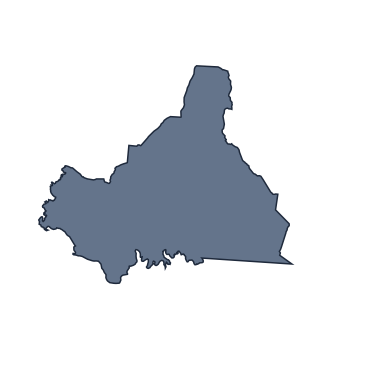 outline of N'Zi, N'zi-Comoé, Ivory Coast, rotated 33°
{"feature_id": "98640826B73875625736421", "entity_name": "N'Zi", "entity_type": "district", "adm_level": 2, "iso_a3": "CIV", "parent_name": "Ivory Coast", "parent_adm1": "N'zi-Comoé", "projection": "albers", "projection_center": [-4.64, 7.021], "detail": "fine", "context": "isolated", "style": "filled", "palette": "slate", "viewbox_px": 384, "rotation_deg": 33, "n_neighbors": 0, "source": "geoboundaries", "source_scale": "gbopen_adm2", "svg_char_len": 6004}
<svg xmlns="http://www.w3.org/2000/svg" viewBox="0 0 384 384"><g transform="rotate(33 192 192)"><path d="M126.0,309.0L126.8,309.1L129.2,308.0L131.3,307.5L132.8,306.6L135.1,305.8L140.9,305.3L145.7,304.0L147.4,303.3L149.2,302.0L151.3,301.0L155.0,302.1L157.9,305.1L160.0,305.7L162.4,307.3L164.6,308.0L165.0,308.3L166.5,310.8L168.2,312.0L169.6,312.6L172.4,312.8L176.2,311.1L178.1,310.0L180.6,308.1L180.8,307.4L180.3,304.6L178.8,302.8L178.6,301.5L178.8,300.5L179.4,299.3L182.7,296.2L182.3,295.5L181.3,295.0L180.8,294.2L180.6,293.1L180.7,289.7L180.1,289.3L179.8,288.3L181.1,287.5L182.7,285.4L183.6,283.6L183.5,282.1L183.8,280.6L183.3,279.6L181.5,278.1L180.0,276.3L178.6,273.9L176.8,272.7L176.3,271.8L176.4,270.8L178.0,270.3L180.4,270.6L181.2,271.1L181.9,271.6L182.8,272.6L184.0,274.6L184.4,274.8L185.5,273.6L186.4,276.1L187.3,277.2L188.3,277.0L189.0,276.5L190.0,274.0L191.0,272.5L192.2,272.5L193.6,274.7L193.8,275.8L194.2,276.4L194.2,276.9L194.7,277.8L194.6,279.5L195.0,280.0L196.0,280.2L196.9,279.9L197.9,278.4L197.9,276.8L198.4,274.6L198.3,273.5L197.4,272.0L197.3,271.0L197.7,270.8L198.9,270.8L199.2,271.1L199.6,272.1L199.2,272.8L199.6,273.1L200.2,273.3L201.6,273.3L202.0,273.1L202.5,272.4L203.0,270.9L202.8,268.2L203.1,267.0L203.9,265.8L205.2,265.5L206.1,265.7L207.5,267.3L207.9,268.1L210.1,269.1L211.1,270.4L210.9,268.9L210.5,268.8L209.3,267.2L208.7,264.8L209.2,264.8L210.4,265.5L211.1,265.7L211.7,265.5L211.9,265.0L213.0,264.7L212.6,263.2L212.2,263.0L211.3,262.8L210.7,262.1L209.1,261.7L208.3,262.1L204.2,261.9L203.0,260.8L201.4,259.9L200.9,258.7L199.9,257.7L200.5,257.0L200.4,255.6L201.3,254.7L201.7,254.9L202.9,257.1L203.9,257.8L205.0,258.0L206.3,256.9L206.8,256.7L208.0,257.6L210.9,258.3L212.0,257.6L212.4,256.5L212.0,255.1L211.2,254.8L211.3,253.8L211.4,253.5L211.8,253.6L212.2,253.4L212.6,252.3L213.5,251.8L213.7,251.2L213.5,250.6L213.2,250.4L212.3,251.4L212.2,251.0L212.6,250.2L212.5,249.5L212.7,249.1L213.4,248.7L216.0,249.6L217.0,250.5L217.4,250.3L217.9,249.4L218.5,248.8L219.4,248.7L219.5,249.0L220.5,249.3L221.7,249.5L223.0,251.5L224.8,252.7L226.0,253.2L226.6,252.7L226.7,250.9L229.0,249.1L231.1,249.5L232.8,251.0L234.1,251.4L235.0,250.7L235.2,249.7L235.9,249.6L236.8,248.1L236.8,247.6L237.1,247.2L239.0,245.7L239.5,244.8L239.1,243.8L238.3,243.0L237.7,242.9L237.0,242.2L236.3,242.0L315.0,198.0L300.0,197.3L299.3,195.0L297.6,194.2L297.6,192.2L297.1,190.0L293.0,175.1L292.6,174.3L292.4,171.9L291.8,170.9L291.5,169.2L291.8,167.9L291.8,167.3L291.0,166.0L290.7,165.7L271.8,161.5L265.2,147.1L263.3,148.1L262.5,149.0L261.3,149.7L260.6,149.8L259.6,149.3L258.3,149.3L257.2,148.8L245.1,143.0L241.2,141.3L239.7,141.6L238.0,142.9L235.5,142.6L233.9,143.0L233.1,142.9L227.2,140.9L225.2,139.0L223.5,139.1L222.6,138.6L220.7,138.6L220.3,138.3L218.3,138.2L217.0,137.8L210.3,132.9L208.5,131.1L206.7,130.3L205.7,130.0L203.5,130.5L199.8,130.4L199.0,129.9L198.2,131.2L197.2,131.4L196.1,132.1L195.0,132.0L194.2,131.5L192.1,130.8L192.3,129.7L192.1,129.3L191.4,129.3L190.0,128.5L189.6,128.4L189.2,127.0L186.1,126.2L185.1,125.7L183.7,123.9L183.5,123.3L183.9,121.7L182.2,117.5L176.8,111.7L176.2,110.0L176.0,108.4L174.6,105.6L174.5,104.8L175.0,103.5L176.2,102.3L177.7,102.2L179.2,101.3L180.4,101.0L179.6,99.7L178.7,98.8L178.1,96.8L177.3,96.1L176.7,95.0L174.4,94.3L172.5,91.9L170.9,91.7L170.2,91.0L169.7,89.8L169.2,85.7L168.8,84.2L168.0,82.7L165.7,80.8L164.0,77.9L161.2,77.0L160.2,76.2L159.8,75.6L159.7,74.2L158.1,72.8L157.1,72.2L156.2,71.2L151.9,72.3L151.2,72.8L148.8,72.6L145.8,72.9L127.1,83.7L126.6,85.6L127.0,87.4L129.4,92.0L129.9,96.0L130.0,100.1L131.1,103.9L131.4,107.2L132.4,109.9L134.0,117.1L136.3,120.8L138.2,123.0L138.9,125.9L138.6,129.8L138.8,130.5L142.0,135.0L141.7,135.5L132.9,140.5L130.9,143.8L130.1,145.9L129.7,147.1L129.8,149.6L129.1,151.5L129.4,153.5L129.1,155.4L128.7,157.4L127.0,161.7L125.3,169.5L125.4,170.3L123.9,180.8L123.5,181.2L122.4,181.2L121.1,181.9L120.7,183.7L113.7,187.3L121.7,202.5L121.6,202.9L119.2,205.7L117.5,208.0L116.1,210.6L114.8,212.0L114.9,212.9L114.5,213.7L114.7,214.4L115.5,214.9L115.7,215.9L115.6,217.2L116.2,218.3L116.0,219.7L115.5,220.6L115.6,223.6L116.4,224.9L116.8,226.7L118.0,227.7L118.0,229.7L117.4,230.2L115.0,230.6L113.6,231.1L112.5,230.6L110.9,229.1L104.7,233.1L104.1,234.2L102.8,235.5L97.1,238.0L93.6,238.8L92.6,238.5L92.0,239.0L91.3,239.0L88.6,237.9L84.6,237.7L79.0,236.9L78.3,237.0L77.3,237.6L74.6,237.9L72.5,238.5L71.5,239.0L71.3,239.5L71.4,239.9L71.8,239.8L72.0,240.3L71.3,241.4L70.4,243.6L71.0,244.5L72.6,244.6L73.3,245.2L74.2,245.2L75.2,244.7L75.7,244.8L75.8,245.6L75.5,246.4L73.9,247.5L73.2,248.5L73.1,249.2L73.5,249.5L74.6,248.9L74.8,250.0L73.8,251.0L74.1,252.1L74.8,252.4L74.6,253.8L74.2,253.7L73.9,254.0L73.8,255.7L73.2,256.8L72.5,257.3L72.4,258.0L72.7,259.1L72.0,260.1L69.5,259.9L69.1,260.1L69.0,260.4L71.2,262.2L71.3,262.6L70.2,263.0L70.5,263.2L70.6,263.7L70.1,264.5L71.1,265.5L71.8,266.9L73.0,268.1L73.2,268.6L74.4,269.5L77.2,270.6L77.9,270.5L78.8,270.9L80.5,270.6L81.0,271.9L80.7,273.3L81.0,273.7L80.3,275.2L79.7,275.4L79.2,275.3L78.4,275.8L77.4,275.8L77.0,276.3L76.0,276.5L76.6,277.6L76.7,279.3L74.7,278.9L74.0,280.5L75.8,280.9L75.8,281.4L74.4,283.0L74.5,283.7L74.2,284.6L74.4,285.4L75.2,286.1L76.7,285.9L79.0,287.3L79.9,287.4L79.3,289.8L80.1,289.8L80.4,290.1L80.4,290.6L79.5,290.7L79.7,291.3L80.6,291.8L82.4,291.1L82.6,290.8L83.0,291.1L83.0,292.0L82.7,292.4L83.1,293.0L82.7,294.4L83.4,295.2L83.6,296.3L83.2,297.8L82.3,297.6L81.5,295.8L80.3,294.6L79.8,294.4L79.3,294.8L78.9,295.8L78.7,298.9L79.4,299.5L80.1,299.7L81.4,302.3L83.1,302.0L84.5,303.1L86.2,302.6L86.7,303.0L87.7,302.7L88.4,303.2L88.6,303.7L91.0,303.7L92.0,302.4L90.0,302.8L89.6,302.8L89.3,302.4L89.7,299.8L90.0,299.2L91.0,298.8L93.9,299.3L96.2,298.8L97.9,297.1L98.1,296.7L98.0,295.8L99.6,295.3L101.4,294.4L101.8,294.6L103.5,294.4L105.6,294.6L106.9,294.5L110.3,296.0L111.8,296.2L113.6,296.1L122.3,300.3L123.6,300.7L122.9,302.2L123.0,302.7L124.3,304.6L124.9,305.2L126.6,305.7L127.3,306.2L127.6,306.9L127.4,307.4L125.7,308.3L126.0,309.0Z" fill="#64748b" stroke="#1e293b" stroke-width="1.5"/></g></svg>